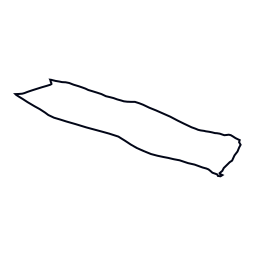 Sorsele, Västerbotten, Sweden
{"feature_id": "70781695B2170511041252", "entity_name": "Sorsele", "entity_type": "district", "adm_level": 2, "iso_a3": "SWE", "parent_name": "Sweden", "parent_adm1": "Västerbotten", "projection": "equal_earth", "projection_center": [16.78, 65.694], "detail": "fine", "context": "isolated", "style": "outline", "palette": "ink", "viewbox_px": 256, "rotation_deg": 0, "n_neighbors": 0, "source": "geoboundaries", "source_scale": "gbopen_adm2", "svg_char_len": 1508}
<svg xmlns="http://www.w3.org/2000/svg" viewBox="0 0 256 256"><path d="M50.2,79.7L50.4,80.1L50.7,81.6L51.4,83.3L51.4,84.1L50.1,84.8L46.6,85.9L41.7,87.3L32.5,90.2L29.8,91.1L27.2,92.0L24.4,93.1L22.2,93.7L18.4,94.0L15.4,94.1L16.2,94.9L19.3,96.9L22.9,99.1L27.5,102.1L34.6,106.3L39.7,109.1L45.1,112.6L48.3,115.0L54.0,117.7L60.4,119.6L66.4,121.5L75.5,124.1L86.3,127.4L101.9,131.6L109.1,133.6L118.4,136.6L121.4,138.5L124.8,140.6L127.7,142.5L130.7,144.5L136.8,148.0L143.8,151.1L150.9,154.0L157.3,155.7L163.4,157.0L168.2,157.9L173.7,159.2L179.6,160.3L188.0,163.1L194.6,164.6L202.6,167.5L206.3,168.5L208.5,169.4L210.5,171.0L212.4,172.7L215.8,173.9L217.3,174.5L217.9,175.9L220.5,176.3L222.4,175.1L219.9,173.9L219.6,173.2L221.3,171.7L222.3,170.9L223.8,168.0L227.4,164.5L229.7,162.2L232.1,160.6L234.5,155.4L237.5,151.5L239.2,147.4L240.6,144.8L239.1,142.2L239.7,140.1L238.1,139.4L235.5,138.1L232.4,136.1L231.3,135.5L230.9,135.2L228.8,134.7L226.4,135.0L224.3,135.2L222.5,134.6L219.9,133.7L216.9,133.2L215.0,133.1L212.2,132.4L209.3,131.8L205.8,131.3L204.2,130.9L200.6,130.4L198.1,129.8L195.5,128.7L191.6,127.3L183.8,123.6L177.5,120.5L170.3,116.7L156.0,110.4L149.3,107.7L143.0,104.7L139.1,103.2L135.0,101.9L131.9,101.9L127.1,101.7L123.8,101.3L121.2,100.5L117.2,99.4L113.6,98.1L110.1,97.2L105.9,96.2L101.5,94.1L96.9,92.6L91.7,91.0L88.3,90.0L85.4,88.6L82.1,87.4L78.6,86.2L73.6,84.7L69.2,83.0L65.7,82.3L62.0,82.1L59.1,81.5L55.4,80.9L54.7,80.7L53.4,80.4L51.1,79.8L50.2,79.7Z" fill="none" stroke="#020617" stroke-width="2"/></svg>